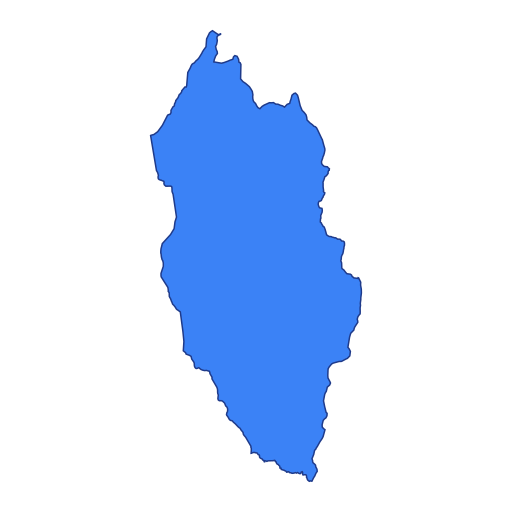 Valle Grande, Jujuy, Argentina
{"feature_id": "61730980B80142303912096", "entity_name": "Valle Grande", "entity_type": "district", "adm_level": 2, "iso_a3": "ARG", "parent_name": "Argentina", "parent_adm1": "Jujuy", "projection": "equal_earth", "projection_center": [-64.987, -23.464], "detail": "fine", "context": "isolated", "style": "filled", "palette": "blue", "viewbox_px": 512, "rotation_deg": 0, "n_neighbors": 0, "source": "geoboundaries", "source_scale": "gbopen_adm2", "svg_char_len": 6052}
<svg xmlns="http://www.w3.org/2000/svg" viewBox="0 0 512 512"><path d="M358.1,277.7L357.9,278.4L353.8,277.9L353.2,277.2L352.2,276.6L351.5,275.0L350.4,274.2L346.9,273.7L345.7,272.4L343.7,269.8L342.3,268.9L341.8,268.0L341.6,262.8L340.8,260.8L341.2,259.3L341.4,256.7L342.0,255.1L342.8,253.7L343.3,251.5L343.5,249.9L343.9,248.4L344.0,246.8L344.5,245.2L344.5,243.4L344.3,242.0L343.3,241.2L341.5,240.9L340.4,239.4L339.1,239.1L337.7,239.2L335.7,237.8L334.4,237.8L333.9,237.5L332.1,237.1L331.2,236.6L329.4,236.5L328.6,236.2L326.6,234.8L325.2,229.7L324.2,227.0L323.1,226.4L322.7,225.4L321.9,224.4L321.3,222.9L320.7,222.5L320.3,222.0L320.5,218.8L320.9,218.2L320.7,215.6L322.1,212.2L322.3,210.2L322.0,208.4L319.6,207.8L318.8,206.5L318.2,204.3L318.4,202.6L319.1,201.3L320.5,201.0L321.3,200.5L321.7,199.7L322.2,198.3L323.1,197.1L323.2,196.3L324.5,194.2L324.8,192.8L324.0,192.3L323.4,191.3L323.6,190.4L323.3,188.4L323.1,186.8L323.1,183.4L323.0,182.2L324.2,178.9L324.8,176.8L326.1,176.0L327.4,174.5L328.2,173.1L328.0,172.2L328.6,170.5L329.2,170.3L329.4,168.7L328.4,168.0L327.4,166.8L324.2,166.4L322.4,164.8L321.6,163.4L321.5,161.5L322.7,158.0L322.9,156.9L323.6,155.5L324.3,153.2L324.9,150.2L324.8,148.6L323.7,144.9L322.3,139.6L321.8,138.8L317.7,130.1L316.5,127.8L315.3,126.7L313.8,126.2L312.5,124.8L309.8,122.8L307.0,119.9L306.7,117.2L306.0,114.8L304.2,112.5L302.1,110.4L300.2,105.8L298.2,97.4L297.5,95.2L295.5,93.1L294.0,93.5L292.0,95.2L291.0,99.2L290.2,101.4L289.7,103.4L287.2,104.3L284.5,107.1L282.6,105.9L280.2,105.2L278.0,104.2L275.7,104.1L273.5,102.6L271.4,102.8L269.4,102.7L264.1,105.1L262.1,106.4L259.9,108.7L258.0,107.7L256.8,106.0L255.5,103.4L254.1,102.1L253.3,100.8L252.8,98.6L252.7,96.3L252.9,94.9L252.3,91.4L251.1,89.3L249.4,86.7L245.6,83.4L242.9,81.6L240.6,78.9L240.9,64.4L240.1,62.7L238.9,62.1L238.6,59.3L237.1,56.3L234.8,55.6L233.5,56.9L232.8,59.3L230.0,60.2L228.3,61.0L224.2,62.5L221.5,63.2L213.8,61.9L214.4,59.3L215.7,55.9L217.4,53.5L217.2,51.6L216.2,49.4L215.6,46.3L216.6,44.4L217.0,42.4L217.3,40.5L216.9,38.0L217.2,36.4L218.6,35.2L220.0,34.7L221.1,33.6L218.4,34.7L212.5,30.7L211.0,31.6L209.5,32.9L206.6,38.9L206.0,46.8L203.7,49.9L202.5,51.8L201.8,53.3L199.1,57.7L197.6,59.5L196.1,60.7L194.3,62.9L193.1,63.5L192.0,64.3L191.2,65.7L190.1,68.3L187.8,72.4L186.7,85.5L186.2,87.0L184.9,87.0L181.7,90.8L181.7,91.7L180.5,93.6L179.3,94.5L178.0,97.7L175.8,100.5L175.5,102.0L174.5,104.0L174.3,105.9L173.0,106.8L171.0,110.3L171.0,112.7L170.0,114.3L168.4,114.7L167.6,115.2L162.4,125.3L157.7,131.7L153.9,134.5L150.9,135.3L150.6,135.5L156.5,170.7L157.2,171.7L157.8,173.1L158.4,175.4L158.1,176.6L158.1,177.7L158.3,178.7L158.9,179.4L160.4,180.1L161.2,180.2L162.4,180.8L163.7,181.2L164.1,182.2L163.9,183.2L164.1,184.2L164.3,184.8L165.8,186.2L170.5,186.1L171.4,186.4L171.8,186.9L172.0,188.7L172.0,190.3L172.1,191.7L173.1,194.3L176.5,217.1L175.0,221.8L174.1,228.7L170.5,234.6L162.3,243.6L161.0,248.9L160.8,251.3L160.8,253.0L161.1,254.1L161.4,256.9L162.1,259.7L162.7,260.5L163.3,262.9L163.3,266.4L161.0,273.4L161.0,275.5L161.2,276.9L167.8,287.3L168.0,288.0L168.3,290.4L168.2,291.3L169.2,292.8L169.3,296.4L169.8,297.5L170.5,298.6L171.5,301.4L171.9,302.1L172.6,304.1L174.0,305.5L175.5,307.5L176.2,308.8L177.0,309.6L177.7,310.0L180.3,311.9L182.9,331.4L183.9,341.5L183.3,350.8L185.6,352.7L186.1,354.1L189.6,355.4L191.1,356.4L191.7,359.0L193.9,362.2L194.2,363.2L194.4,366.0L195.0,367.5L195.9,368.4L196.8,368.5L198.8,367.7L201.0,369.5L202.8,370.2L204.7,370.6L206.4,370.4L209.4,371.3L209.8,372.4L210.0,373.7L212.0,377.2L212.0,378.9L216.9,387.3L217.4,388.8L217.6,390.2L217.6,392.3L217.8,393.7L218.3,395.0L218.0,397.4L217.9,398.8L218.3,400.0L219.3,400.7L221.3,400.7L222.5,401.1L224.6,403.1L225.7,405.9L226.9,407.0L227.5,408.3L227.7,410.0L227.4,411.9L226.9,412.6L226.5,414.5L226.7,415.2L228.0,417.0L229.2,419.2L229.8,419.9L230.5,420.4L231.4,420.6L232.4,420.9L233.4,422.2L235.3,423.8L238.2,426.9L239.3,427.8L240.1,428.3L241.1,430.1L242.6,431.8L243.2,432.8L243.2,433.8L243.5,434.5L244.0,435.3L245.7,437.3L250.9,446.2L250.9,447.3L251.3,448.4L251.3,450.3L251.1,453.3L251.7,453.2L252.3,452.8L253.1,452.5L255.0,452.5L255.5,452.8L256.9,452.9L258.3,454.7L259.2,454.9L259.5,455.7L259.5,456.9L259.9,457.7L261.0,458.5L262.0,458.9L262.4,459.3L262.6,459.9L263.7,460.5L264.3,461.8L264.6,461.8L264.6,461.4L264.9,460.7L266.5,461.2L266.9,461.4L267.6,461.0L268.5,460.8L273.2,460.7L274.4,460.3L274.8,460.4L275.1,460.6L275.1,461.0L275.2,461.3L275.7,461.8L276.0,461.8L276.3,462.3L276.5,463.2L276.9,463.8L277.4,464.2L278.2,464.5L278.8,465.3L279.7,466.1L280.0,468.1L281.0,468.2L281.3,469.5L282.3,469.7L282.9,470.0L284.0,470.2L284.5,470.6L285.8,471.1L286.7,472.2L287.3,472.1L287.8,471.7L288.6,471.7L289.0,471.9L289.2,472.4L289.5,472.6L289.9,472.7L291.0,472.8L291.4,473.1L292.6,473.3L294.4,473.0L295.3,472.6L296.5,473.1L297.5,472.5L299.0,473.4L300.0,473.7L300.7,473.5L301.2,472.1L302.2,471.7L302.6,472.3L302.6,473.6L302.9,474.9L303.2,475.0L303.7,474.8L305.4,474.7L305.8,474.8L306.3,475.2L306.6,476.5L306.5,477.3L307.0,478.1L307.1,478.6L307.5,479.7L307.9,480.2L309.3,481.3L310.4,480.9L311.9,481.2L313.7,477.6L314.7,476.1L315.9,473.3L317.2,471.4L317.0,469.3L316.3,467.8L315.9,467.3L315.5,465.1L314.9,464.4L313.0,462.7L312.7,461.9L312.6,460.6L312.0,458.7L313.7,454.5L314.6,450.3L315.7,449.3L316.2,448.1L317.3,446.5L319.9,441.8L322.1,438.6L323.1,436.6L325.0,429.7L323.9,428.9L322.3,427.2L322.1,424.9L323.2,420.4L324.5,418.9L325.8,418.0L326.6,416.6L327.0,415.5L327.1,413.3L326.1,412.3L324.7,406.8L323.5,400.8L324.7,394.4L325.3,392.9L326.3,391.3L327.3,387.1L329.7,385.0L330.5,383.0L330.0,381.8L328.0,378.0L327.8,375.5L328.0,370.0L328.2,368.6L329.2,366.9L331.6,364.0L333.2,363.1L339.0,361.5L341.5,361.4L346.0,359.0L347.4,358.4L349.8,355.9L350.4,351.4L349.1,348.8L347.9,347.3L349.6,337.0L350.7,333.3L353.8,330.1L354.2,328.4L354.7,327.1L357.8,322.3L357.7,320.9L357.2,319.2L357.9,316.7L359.1,315.0L360.1,313.9L360.2,311.8L360.1,307.9L360.5,305.4L360.3,303.3L360.8,299.6L360.8,297.8L361.4,293.0L361.3,289.2L360.6,285.1L360.7,282.2L358.6,277.9L358.1,277.7Z" fill="#3b82f6" stroke="#1e3a8a" stroke-width="1.5"/></svg>